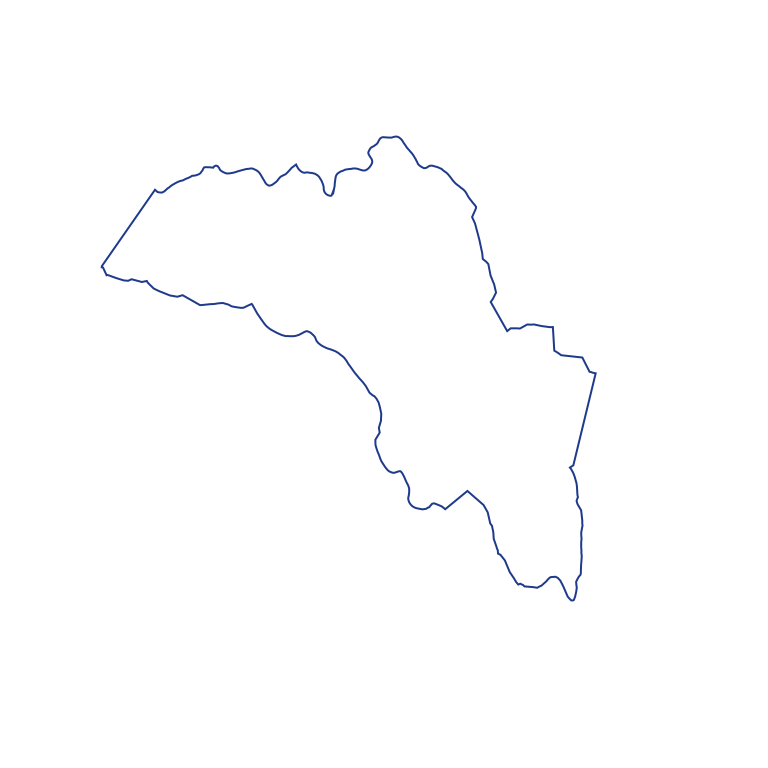 outline of Blanchard, Vieux Fort, Saint Lucia, rotated 331°
{"feature_id": "8701671B33750138379558", "entity_name": "Blanchard", "entity_type": "district", "adm_level": 2, "iso_a3": "LCA", "parent_name": "Saint Lucia", "parent_adm1": "Vieux Fort", "projection": "equal_earth", "projection_center": [-60.946, 13.805], "detail": "fine", "context": "isolated", "style": "outline", "palette": "blue", "viewbox_px": 768, "rotation_deg": 331, "n_neighbors": 0, "source": "geoboundaries", "source_scale": "gbopen_adm2", "svg_char_len": 6166}
<svg xmlns="http://www.w3.org/2000/svg" viewBox="0 0 768 768"><g transform="rotate(331 384 384)"><path d="M194.1,154.4L195.1,154.6L201.3,161.7L206.7,167.3L210.3,169.7L214.0,170.0L221.7,177.4L226.5,178.9L226.5,180.6L227.2,183.3L228.9,188.9L232.2,193.6L234.2,196.0L239.7,202.8L245.6,207.5L250.9,208.7L261.4,225.9L265.2,227.6L270.9,230.0L273.8,231.5L278.4,233.2L282.3,235.0L286.5,239.2L288.3,242.1L291.1,244.5L295.7,248.0L298.1,249.2L303.4,249.5L307.1,249.8L307.3,251.0L307.3,257.3L307.3,260.9L308.1,269.0L308.6,273.2L309.2,276.4L310.3,279.2L311.4,281.5L312.9,283.9L315.0,287.2L318.4,291.7L321.3,294.5L323.2,295.5L325.1,296.7L326.7,297.6L328.7,298.6L330.6,299.2L333.5,299.8L337.3,299.9L339.6,299.9L341.7,300.2L342.4,300.6L343.1,301.4L343.5,301.8L344.1,302.6L344.9,304.1L345.3,305.3L346.1,307.8L346.4,309.8L346.0,312.2L345.9,313.9L346.4,316.3L347.5,319.0L348.5,320.9L349.8,322.8L351.7,325.4L353.1,326.8L354.3,328.1L356.1,330.2L357.5,332.0L358.7,334.0L359.5,335.6L360.2,337.5L360.8,338.8L361.3,339.9L361.9,341.7L362.3,344.4L362.5,346.6L362.5,348.7L362.7,350.2L363.0,352.6L363.8,359.6L364.9,365.5L365.3,367.8L365.6,368.6L366.4,372.3L367.1,377.2L367.1,384.5L368.5,388.3L369.7,390.1L370.3,393.2L370.3,397.6L369.2,402.2L367.2,408.7L363.4,414.8L358.2,419.9L356.7,424.4L349.4,428.6L347.0,433.2L346.2,436.7L345.7,439.4L345.4,441.6L345.3,443.2L344.6,447.1L344.3,449.9L344.3,451.1L344.5,454.0L344.7,456.7L344.9,458.1L345.1,459.6L345.7,461.9L346.7,463.7L347.9,465.1L349.3,466.4L351.0,466.9L352.2,467.1L354.5,467.5L355.9,468.1L356.3,468.8L356.7,470.7L356.7,473.1L356.6,475.3L356.2,479.0L356.0,481.9L356.0,483.8L355.7,486.2L355.4,487.4L354.2,489.8L353.1,491.5L351.7,493.4L350.6,494.6L349.9,495.5L349.2,497.0L348.9,498.4L348.7,500.0L348.9,502.3L349.4,504.3L350.3,506.0L351.7,507.9L353.9,509.8L355.2,510.9L356.9,512.3L360.4,513.6L362.3,513.4L363.9,513.7L365.3,513.0L366.4,512.7L367.9,512.1L369.4,512.4L370.5,513.2L373.6,517.0L375.1,519.0L376.0,521.0L376.8,523.2L405.1,518.0L412.4,538.1L412.5,546.5L410.2,554.4L409.3,557.5L409.7,560.3L407.8,566.5L404.9,572.6L403.4,581.3L403.0,582.6L403.0,584.3L401.5,587.7L403.0,589.7L404.2,596.9L402.8,609.4L403.4,616.3L403.6,621.4L404.2,624.5L406.3,624.7L408.2,627.3L408.7,629.1L416.3,634.2L419.2,636.5L421.8,636.5L423.9,636.7L430.6,635.2L431.7,634.7L434.2,633.9L436.1,633.7L440.5,635.7L442.0,637.8L442.9,641.6L442.7,647.7L442.0,654.9L441.6,659.0L442.2,661.8L442.9,664.1L444.3,664.9L445.4,664.9L448.1,662.6L451.7,658.5L454.1,655.2L454.6,653.6L455.6,651.2L456.3,650.0L457.6,649.1L459.1,648.1L461.0,647.0L463.4,646.1L464.3,645.1L468.1,638.7L471.8,633.1L473.6,630.2L475.1,626.7L476.0,625.3L477.3,622.4L480.0,617.6L481.6,615.4L483.3,611.7L484.5,609.5L488.0,605.2L488.8,604.4L490.0,601.7L491.2,599.6L494.1,592.7L494.6,591.3L494.8,590.8L495.2,590.2L495.0,583.3L495.2,582.0L495.7,579.8L496.3,579.0L498.8,576.9L499.4,574.8L503.0,567.3L504.2,564.3L505.8,557.6L506.4,553.4L506.4,549.0L506.1,547.2L510.2,546.9L574.3,477.3L572.0,475.3L570.8,473.9L569.7,473.0L570.3,457.0L552.9,444.7L551.4,441.4L550.2,439.2L549.1,437.4L559.3,416.1L556.5,414.6L550.0,409.8L544.0,404.6L541.4,403.4L538.1,401.4L529.8,401.4L527.5,399.9L521.8,396.7L517.4,397.5L517.1,364.0L520.4,362.4L526.3,358.4L528.6,350.4L529.8,340.8L530.6,338.3L533.4,329.7L532.5,326.1L531.0,322.6L533.4,317.0L537.5,303.4L541.4,287.9L542.0,280.7L549.4,275.1L550.4,273.7L550.1,271.0L550.0,270.5L549.5,268.3L549.1,265.6L548.9,264.4L548.6,262.4L548.5,260.5L548.5,258.9L548.5,256.4L548.3,254.7L547.7,252.5L547.1,251.0L546.3,249.4L545.5,247.2L544.6,245.3L543.7,242.9L543.2,240.8L542.8,238.8L542.3,235.0L541.9,232.8L541.6,231.3L541.0,229.4L540.2,227.8L539.2,225.6L538.7,223.9L536.9,221.5L535.7,220.0L533.5,217.9L531.8,216.2L529.6,215.3L527.9,215.3L526.4,215.5L524.5,215.1L523.5,214.5L522.5,213.0L521.6,211.5L520.8,209.7L520.4,208.1L520.6,205.7L520.6,204.1L520.7,202.8L520.7,202.1L520.6,201.4L520.6,199.1L520.3,196.0L519.7,193.5L519.3,191.4L518.8,189.3L518.5,187.1L518.4,185.4L518.1,182.8L518.0,179.8L517.5,177.6L516.6,175.5L515.6,174.2L514.3,173.3L512.3,172.6L510.5,172.3L509.0,171.6L507.8,170.9L506.6,170.1L504.7,168.9L503.1,167.8L501.7,167.3L500.1,167.3L498.7,167.9L497.3,168.7L495.8,169.8L494.0,170.6L492.1,170.8L490.1,171.0L487.6,170.9L486.1,171.4L485.2,171.9L483.0,173.4L482.3,174.2L481.9,176.0L482.2,181.5L482.0,182.6L481.5,183.9L480.6,185.0L479.3,186.0L477.7,186.8L476.4,187.4L474.8,187.9L472.5,188.2L470.8,188.0L469.2,187.1L468.1,186.1L464.8,182.6L463.5,181.7L462.3,180.9L460.8,180.3L459.0,179.7L457.5,179.0L453.9,177.7L451.6,177.6L449.9,177.2L447.5,177.2L446.1,177.3L444.6,177.7L443.5,178.3L442.7,178.9L441.5,180.2L439.7,182.7L438.8,183.8L436.7,187.0L435.9,188.0L435.2,188.7L433.9,190.4L432.9,191.5L433.0,190.8L431.4,192.2L430.6,192.8L430.2,193.2L429.6,193.7L428.8,193.6L428.1,193.3L426.8,192.0L426.4,191.5L425.6,190.1L425.2,188.8L425.1,187.3L425.2,186.2L425.5,185.0L426.0,183.8L426.6,182.8L427.3,180.5L427.8,177.0L427.9,175.7L427.8,174.0L427.7,171.6L427.3,170.0L426.8,168.8L425.5,166.6L423.5,164.7L421.0,162.9L419.8,161.9L418.4,161.2L417.3,160.9L416.6,160.5L415.7,159.7L414.9,158.6L414.2,157.1L413.7,155.6L413.4,153.7L413.4,152.4L413.4,151.2L413.5,149.4L410.2,149.9L409.3,150.0L408.2,150.1L407.2,150.5L406.6,150.7L404.8,151.3L402.7,152.0L400.1,152.7L399.7,152.8L397.7,152.7L396.0,152.6L394.0,152.6L391.9,153.3L389.4,154.4L387.4,155.0L385.1,155.3L382.8,155.6L380.8,155.3L379.4,154.6L378.8,153.7L378.1,152.2L377.8,150.7L377.8,148.8L377.7,145.4L377.6,141.7L377.5,139.7L377.0,137.3L376.4,136.0L375.8,134.9L373.9,132.3L373.0,131.5L371.9,130.9L370.3,130.3L367.7,129.2L360.6,127.4L355.5,126.4L351.0,124.9L348.5,123.6L347.0,122.0L345.7,120.1L345.0,118.8L344.4,117.3L344.5,115.4L344.3,113.6L344.0,112.6L343.0,111.6L341.5,111.3L339.9,111.7L339.6,112.0L336.5,109.9L332.8,107.7L331.7,107.4L330.9,107.7L329.8,108.4L329.1,109.0L327.3,109.8L325.7,110.6L323.7,110.8L320.2,110.2L318.5,109.5L317.1,108.9L314.8,109.0L312.1,108.8L310.4,108.5L306.8,108.4L304.0,107.6L301.3,107.3L298.9,107.2L297.3,107.3L295.8,107.2L293.3,107.5L291.5,107.9L289.6,108.0L285.4,109.0L282.9,109.0L281.5,108.3L280.0,107.2L279.0,106.3L277.9,103.1L194.4,144.1L193.7,145.1L194.7,145.9L194.1,154.4Z" fill="none" stroke="#1e3a8a" stroke-width="2"/></g></svg>